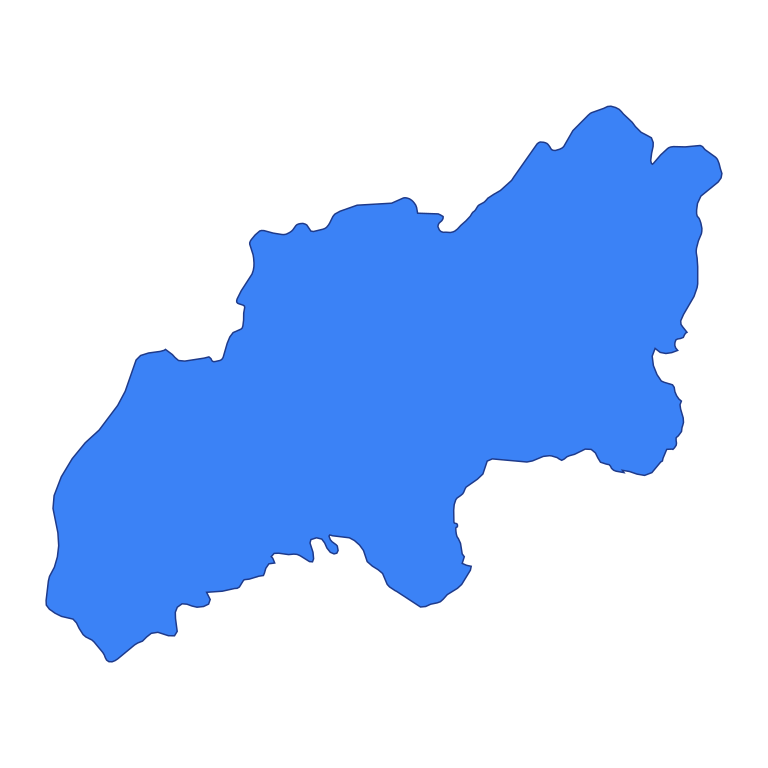 outline of Khatlon
{"feature_id": "TJK-367", "entity_name": "Khatlon", "entity_type": "Region", "adm_level": 1, "iso_a3": "TJK", "parent_name": "Tajikistan", "parent_adm1": "", "projection": "robinson", "projection_center": [69.268, 37.83], "detail": "fine", "context": "isolated", "style": "filled", "palette": "blue", "viewbox_px": 768, "rotation_deg": 0, "n_neighbors": 0, "source": "natural_earth", "source_scale": "10m", "svg_char_len": 5399}
<svg xmlns="http://www.w3.org/2000/svg" viewBox="0 0 768 768"><path d="M48.4,580.9L49.5,576.4L54.4,567.2L57.4,556.8L58.7,545.7L57.9,532.8L53.0,508.5L54.1,495.6L61.3,476.8L72.2,458.7L85.3,442.7L99.1,430.1L117.7,405.4L125.2,391.3L136.1,360.0L140.6,355.5L148.5,353.0L160.3,351.4L164.2,350.3L165.5,349.4L165.6,349.5L172.4,354.6L174.9,357.4L178.5,360.5L184.8,361.1L204.2,358.1L208.9,356.9L209.9,357.7L211.0,358.7L211.6,360.1L212.4,361.2L213.8,361.7L215.3,361.5L220.2,360.4L221.8,359.4L223.1,357.5L227.2,343.3L229.8,337.0L233.1,332.6L241.0,329.1L242.2,328.0L242.9,325.8L243.6,320.1L243.7,313.1L244.7,307.5L244.4,306.0L243.0,305.1L239.2,303.9L237.6,303.2L236.7,302.0L236.7,300.4L237.2,298.8L241.2,290.8L252.0,274.1L252.7,272.1L253.3,270.3L253.9,266.6L254.0,263.0L253.6,258.0L253.1,254.8L249.8,244.4L249.7,242.9L250.3,241.2L251.3,239.6L255.1,235.0L259.7,231.0L261.6,230.5L264.0,230.6L273.2,233.1L281.9,234.5L283.8,234.6L286.2,234.2L289.6,232.5L291.5,231.2L292.9,229.8L295.8,225.7L296.9,224.7L298.5,224.0L300.4,223.6L302.9,223.4L305.2,224.1L306.8,225.0L310.9,231.1L313.5,231.5L323.0,229.2L324.8,228.5L326.5,227.4L328.5,225.0L329.7,223.0L332.9,216.5L333.9,215.2L335.0,214.0L340.1,211.2L357.1,205.2L391.6,203.2L403.3,198.0L404.3,197.8L405.8,197.8L407.7,198.2L409.6,198.9L411.7,200.3L413.0,201.5L414.1,202.8L415.7,205.1L416.3,206.7L416.6,207.5L417.6,213.2L438.2,213.9L440.6,215.0L443.1,216.5L443.1,218.1L442.6,219.5L441.7,220.8L439.2,223.0L438.3,224.6L437.9,226.5L439.3,229.9L440.8,231.4L443.1,232.3L445.8,232.2L450.4,232.5L453.0,231.9L454.8,231.1L457.5,229.0L460.8,225.4L465.9,220.9L470.3,216.2L471.9,213.5L472.9,212.2L474.3,211.2L475.4,210.0L477.8,206.1L479.0,205.0L483.8,202.4L484.7,201.7L486.8,199.5L487.7,198.3L493.8,194.3L500.4,190.5L511.6,180.4L514.1,176.6L537.1,143.9L538.6,142.7L540.2,142.0L543.8,142.3L545.5,142.8L547.0,143.5L548.1,144.5L549.9,146.9L550.6,148.2L551.5,149.5L553.0,150.3L555.3,150.5L559.7,149.2L562.1,148.0L563.7,146.6L572.9,130.6L588.1,115.3L590.4,113.3L591.8,112.6L603.6,108.4L607.6,106.5L610.9,106.2L615.6,107.5L619.2,109.4L621.4,111.6L623.3,113.9L632.2,122.3L635.4,126.6L641.1,132.3L647.6,135.7L651.4,137.8L653.2,142.5L653.1,146.4L651.6,153.4L650.7,160.7L651.4,163.4L652.4,164.2L653.6,163.2L660.7,154.9L667.5,148.6L668.8,147.7L670.7,147.0L673.4,146.6L685.2,146.9L700.1,145.5L701.8,146.2L703.0,147.1L703.7,148.1L705.1,149.7L715.4,157.1L716.5,158.2L717.4,159.4L718.0,160.8L719.1,163.6L720.4,168.8L721.9,173.5L721.1,177.9L718.2,182.0L700.9,196.1L697.5,203.4L696.6,210.1L696.6,213.7L697.2,216.1L699.1,218.4L700.0,220.5L700.9,223.2L701.9,228.4L701.8,231.3L701.4,233.7L698.4,240.9L696.5,248.2L696.2,250.9L696.3,253.1L697.1,258.0L697.7,266.8L697.7,283.9L697.1,287.6L694.0,296.5L683.5,314.5L680.7,320.9L681.0,324.4L682.7,326.9L687.0,332.3L685.8,333.0L684.6,334.6L683.3,337.4L680.5,338.5L677.5,339.0L675.8,340.0L674.9,342.8L674.8,345.4L675.7,348.0L677.7,350.4L671.8,352.6L665.9,353.5L660.2,352.4L655.1,348.4L652.2,356.2L653.4,365.6L657.0,374.6L661.3,381.0L664.2,382.3L672.5,384.8L674.2,387.3L674.9,391.7L676.6,395.7L678.9,399.0L681.4,401.1L680.0,404.7L680.6,409.0L683.2,417.9L683.5,422.4L682.8,425.1L682.0,427.6L681.5,431.5L678.3,435.9L677.1,436.8L676.1,437.9L676.1,440.3L676.5,443.1L676.2,445.2L674.7,447.5L674.2,448.1L672.9,449.4L672.1,449.1L667.2,449.3L666.7,449.4L663.0,458.3L662.4,461.0L660.7,462.0L651.9,472.6L644.6,475.4L637.0,474.1L629.4,471.5L622.4,470.3L624.0,472.6L616.1,471.2L613.8,470.3L612.9,469.6L611.5,468.3L610.5,466.2L609.2,464.7L605.9,464.0L600.5,462.2L597.8,457.8L595.4,452.9L591.2,449.4L585.2,449.1L574.6,454.3L569.5,455.7L566.9,456.8L564.3,459.0L561.7,460.3L559.0,458.9L557.2,457.6L551.5,455.9L549.5,455.7L543.3,456.4L532.5,460.9L526.9,462.0L492.3,458.9L487.2,461.1L482.9,474.0L477.4,479.2L466.1,487.1L465.2,488.6L463.7,492.2L462.7,493.8L460.7,495.5L457.1,498.0L455.8,499.7L454.2,504.6L453.7,510.3L453.9,522.0L454.4,523.1L456.8,523.7L457.5,525.0L457.4,526.7L456.8,527.2L456.1,527.4L455.8,528.3L455.9,531.1L456.3,534.0L457.0,536.6L458.4,538.7L460.5,543.3L462.2,553.9L464.3,556.7L462.2,563.4L466.6,565.3L471.2,566.3L470.4,570.2L461.7,584.4L457.5,588.3L447.3,594.6L443.2,599.2L440.4,601.7L437.4,602.8L436.5,603.0L430.7,604.2L425.7,606.5L420.5,607.0L396.5,591.3L395.2,590.7L389.5,586.9L387.2,584.4L382.6,573.5L378.1,569.7L372.3,566.1L367.2,561.6L363.5,550.5L359.6,545.1L354.4,540.5L349.4,537.8L332.1,535.7L331.2,535.3L329.7,535.0L329.0,536.1L330.3,539.7L332.0,541.7L336.1,544.7L337.3,546.0L338.1,550.5L336.8,553.2L334.0,553.9L330.3,552.3L326.9,548.0L324.7,543.0L321.8,539.1L316.5,537.8L310.9,539.6L310.0,543.0L313.0,552.3L313.6,558.8L312.5,561.8L309.5,561.6L300.1,555.7L297.1,554.4L293.8,554.1L288.6,554.6L278.7,553.2L274.1,553.4L271.2,556.7L272.5,557.9L273.2,559.2L274.7,563.0L268.9,563.8L265.8,568.3L264.4,573.2L263.4,575.5L258.8,576.2L249.3,579.1L244.2,579.7L243.0,581.1L239.4,587.0L237.2,588.3L234.5,588.5L222.4,591.2L206.6,592.3L210.2,599.5L208.6,604.1L203.6,606.5L197.0,607.2L191.9,606.0L187.0,604.2L182.1,603.8L177.3,607.2L175.3,612.3L175.5,618.5L177.2,631.4L174.5,635.8L168.4,635.7L157.9,632.3L151.3,633.3L146.6,637.0L142.5,641.1L137.7,643.0L134.6,644.9L117.7,658.9L115.1,660.6L112.1,661.8L110.0,661.7L108.9,661.7L106.6,660.1L105.3,657.7L104.3,655.0L102.8,652.5L94.1,642.0L91.9,640.0L85.9,637.0L83.1,634.6L79.1,628.3L76.5,622.9L73.0,619.1L61.5,616.4L55.2,613.3L49.4,609.2L46.3,605.1L46.1,600.5L48.4,580.9Z" fill="#3b82f6" stroke="#1e3a8a" stroke-width="1.5"/></svg>